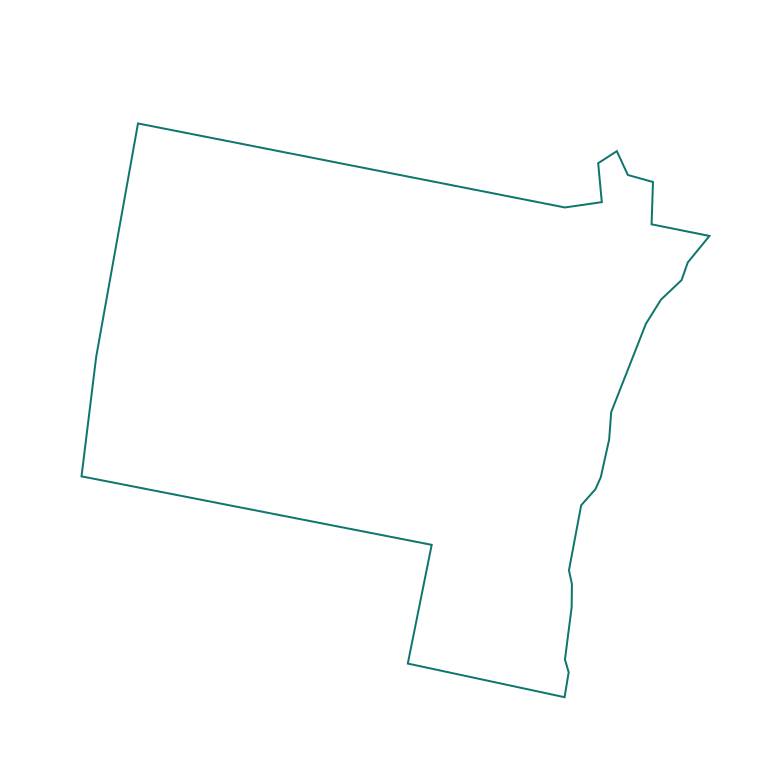 the district of Antrim, Michigan, United States of America, rotated 191°
{"feature_id": "52423323B24327368790692", "entity_name": "Antrim", "entity_type": "district", "adm_level": 2, "iso_a3": "USA", "parent_name": "United States of America", "parent_adm1": "Michigan", "projection": "orthographic", "projection_center": [-85.292, 45.01], "detail": "fine", "context": "isolated", "style": "outline", "palette": "teal", "viewbox_px": 768, "rotation_deg": 191, "n_neighbors": 0, "source": "geoboundaries", "source_scale": "gbopen_adm2", "svg_char_len": 513}
<svg xmlns="http://www.w3.org/2000/svg" viewBox="0 0 768 768"><g transform="rotate(191 384 384)"><path d="M675.2,592.8L671.7,355.8L663.3,235.6L306.5,235.2L307.3,114.1L147.0,111.0L147.7,136.2L153.8,148.1L157.2,200.6L161.4,223.6L166.9,236.4L167.3,302.6L156.4,321.0L153.4,333.9L152.4,372.5L155.6,399.8L138.4,493.1L128.2,519.7L111.7,542.8L109.0,561.3L92.8,591.4L151.8,591.8L158.5,633.6L184.5,635.7L199.9,657.0L215.9,641.6L204.9,604.1L240.2,591.8L675.2,592.8Z" fill="none" stroke="#0f766e" stroke-width="2"/></g></svg>